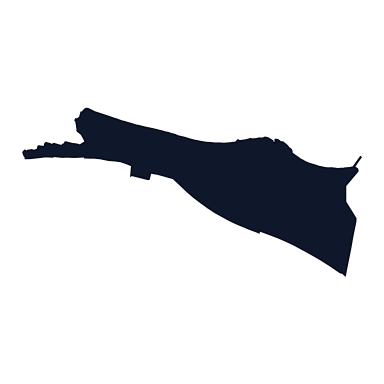 the district of Ainaži, Salacgrivas, Latvia, rotated 90°
{"feature_id": "27541924B80186779852289", "entity_name": "Ainaži", "entity_type": "district", "adm_level": 2, "iso_a3": "LVA", "parent_name": "Latvia", "parent_adm1": "Salacgrivas", "projection": "mercator", "projection_center": [24.349, 57.852], "detail": "fine", "context": "isolated", "style": "filled", "palette": "ink", "viewbox_px": 384, "rotation_deg": 90, "n_neighbors": 0, "source": "geoboundaries", "source_scale": "gbopen_adm2", "svg_char_len": 4775}
<svg xmlns="http://www.w3.org/2000/svg" viewBox="0 0 384 384"><g transform="rotate(90 192 192)"><path d="M143.9,319.7L144.2,319.9L144.3,320.7L144.3,321.0L145.4,321.9L145.5,321.9L145.5,322.2L145.5,322.6L145.5,323.1L145.2,324.7L143.9,329.1L143.6,329.8L143.9,330.9L144.0,331.0L144.3,331.3L144.7,331.6L145.0,331.9L145.0,332.1L144.9,332.4L144.1,333.3L143.6,334.4L143.5,335.3L142.8,337.8L142.8,338.2L143.0,338.5L143.4,338.9L144.1,339.2L144.3,339.3L145.1,339.3L145.6,339.4L145.9,339.5L146.2,339.8L146.5,340.2L146.6,340.5L146.5,342.1L146.4,343.0L146.0,344.4L146.0,345.0L146.1,345.4L146.2,345.7L146.4,345.9L146.8,346.1L147.2,346.2L148.1,346.1L148.7,346.2L149.1,346.5L149.3,346.7L149.6,347.3L150.1,348.6L150.3,349.2L150.4,349.8L150.4,350.5L150.3,351.0L149.9,352.1L149.8,352.7L150.1,353.3L150.2,354.2L150.4,356.1L151.4,357.5L151.1,358.1L150.4,358.7L150.3,359.0L150.4,359.3L151.1,360.0L152.3,361.0L152.8,360.9L154.8,360.2L155.8,359.7L156.8,358.7L157.7,358.7L158.0,358.8L158.5,358.6L158.4,354.1L157.3,344.2L156.6,338.4L156.9,332.0L156.9,331.1L156.2,330.9L156.6,327.0L156.9,324.2L157.1,321.8L156.9,317.2L157.1,312.3L157.1,310.8L157.2,309.8L157.0,305.0L156.8,301.7L156.7,300.4L156.7,299.9L156.7,299.6L157.7,299.4L157.9,295.1L157.9,290.2L158.4,285.1L158.7,282.7L159.2,280.7L159.6,278.4L160.0,276.7L160.3,274.9L160.4,273.7L160.4,272.8L160.5,272.1L160.7,269.0L161.5,263.4L163.1,258.5L165.6,252.2L175.8,253.1L175.3,252.2L177.8,242.2L179.1,237.1L179.4,236.0L179.2,235.2L179.1,234.9L172.8,233.5L173.0,232.7L174.2,225.9L177.0,215.9L177.3,215.0L178.3,210.9L183.8,205.0L190.1,198.4L191.5,196.9L197.4,190.1L203.0,182.7L208.1,175.6L208.5,174.9L212.3,169.2L212.5,168.8L212.6,168.7L216.3,162.0L219.9,155.4L221.7,151.8L221.9,151.4L222.3,150.5L224.5,145.7L225.9,142.2L228.9,135.1L232.0,126.7L232.8,125.0L230.6,124.7L237.5,106.3L241.1,98.0L245.0,89.7L254.0,73.2L259.0,64.5L265.4,54.3L272.7,43.6L272.9,41.6L275.1,39.3L275.3,39.0L275.5,38.8L274.8,38.6L272.9,38.4L272.6,38.3L248.1,33.4L236.7,31.4L221.2,28.3L218.5,28.2L211.8,32.3L202.4,38.2L201.6,38.5L201.2,38.5L185.8,38.5L171.1,26.1L169.3,26.4L168.5,27.1L167.7,28.5L166.8,29.6L162.2,26.5L157.2,23.0L156.8,23.5L167.0,30.8L167.3,31.0L167.3,31.7L167.2,31.8L167.2,32.0L167.3,32.2L167.4,32.3L167.4,32.5L167.5,32.7L167.6,32.8L167.7,33.8L168.2,39.7L168.3,40.0L168.5,40.1L168.6,40.3L168.6,40.5L168.6,40.8L168.6,41.3L168.6,41.5L168.7,41.9L168.5,42.1L168.5,42.6L168.5,43.6L168.6,43.8L168.8,44.2L168.8,44.3L168.9,44.5L168.8,44.8L169.0,44.8L169.0,45.0L169.0,45.3L168.6,47.5L168.4,48.8L168.3,49.4L168.3,50.8L168.2,51.1L168.1,51.4L168.1,52.0L168.0,52.4L167.9,52.5L167.9,52.8L168.1,53.1L168.1,53.9L168.1,55.4L167.9,58.5L167.3,61.2L166.5,65.1L164.9,70.0L163.8,73.7L163.0,76.0L162.3,77.6L161.9,78.7L160.2,81.4L159.7,82.8L153.4,91.7L152.6,92.1L152.1,92.2L151.7,92.1L151.3,92.3L150.9,92.3L150.6,92.4L150.1,92.6L149.5,92.9L147.3,95.6L146.4,96.1L145.8,96.7L145.1,97.4L144.5,98.0L143.5,99.4L142.1,101.0L141.9,103.4L139.9,105.9L139.5,107.4L139.5,108.5L139.9,108.8L140.7,108.9L142.6,108.7L142.9,109.4L142.9,110.0L142.6,110.6L140.8,111.5L139.7,113.2L138.0,116.0L137.3,119.0L138.0,120.6L138.4,121.8L138.3,123.0L138.1,123.9L138.2,125.2L138.9,127.9L139.1,132.2L139.1,132.7L138.7,133.2L138.6,133.6L139.0,134.3L140.0,138.2L141.0,144.8L140.2,145.3L140.1,145.7L140.1,146.3L140.5,146.7L141.9,147.8L142.3,148.4L142.5,150.2L143.0,154.1L143.4,158.7L143.5,161.7L143.2,163.2L143.2,168.8L143.0,171.5L142.7,174.1L142.6,177.2L141.6,183.3L140.1,190.7L139.0,194.7L138.3,196.8L137.9,198.4L137.5,199.5L136.5,203.9L135.9,206.3L135.1,208.0L134.5,209.3L134.3,210.6L133.7,212.9L132.9,215.0L132.5,216.6L132.1,218.8L131.4,221.0L130.8,223.4L129.2,229.8L127.4,238.3L126.9,240.6L125.7,245.2L125.2,248.0L123.7,252.6L122.6,256.6L121.6,260.0L120.9,262.8L119.3,266.9L118.2,270.7L117.0,273.9L115.2,279.3L112.7,287.0L112.1,289.0L108.9,295.4L108.5,297.1L108.6,297.9L109.0,298.8L109.6,299.6L110.6,300.5L111.5,301.1L112.3,301.7L112.2,302.9L113.9,303.3L115.2,303.7L117.3,304.3L117.8,305.0L119.2,307.1L118.9,308.2L120.4,308.9L121.4,308.0L121.9,307.9L125.5,307.3L126.2,307.2L126.6,307.2L129.2,306.8L130.7,306.8L131.0,306.7L131.6,306.0L133.7,303.3L134.2,302.7L135.7,301.8L138.1,300.5L139.6,299.7L139.9,299.5L140.7,299.2L141.0,299.0L141.3,298.8L141.4,298.7L141.5,298.7L141.7,298.8L141.8,298.9L141.9,299.0L142.0,299.1L142.3,299.5L142.6,299.6L143.2,301.2L144.2,302.5L144.7,303.4L144.8,303.6L145.0,304.0L145.2,304.3L145.1,304.6L145.1,304.8L145.0,305.1L144.8,305.3L144.7,305.7L144.5,306.0L144.4,306.6L144.3,307.1L144.1,308.1L144.0,309.0L143.9,309.6L143.9,310.1L143.8,310.7L143.8,311.3L143.4,312.7L143.1,314.1L142.9,314.9L142.7,315.6L142.6,315.9L142.5,316.3L142.4,316.8L142.3,317.4L142.2,317.6L142.1,317.8L142.0,318.0L142.0,318.3L142.0,318.5L142.1,318.8L143.9,319.7Z" fill="#0f172a" stroke="#020617" stroke-width="1.5"/></g></svg>